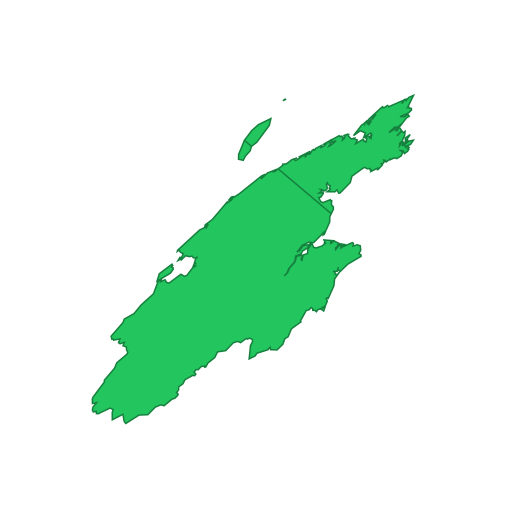 SVG path tracing the border of Chukchi Autonomous Okrug, rotated 312°
{"feature_id": "RUS-2321", "entity_name": "Chukchi Autonomous Okrug", "entity_type": "Autonomous Province", "adm_level": 1, "iso_a3": "RUS", "parent_name": "Russia", "parent_adm1": "", "projection": "natural_earth1", "projection_center": [175.436, 66.707], "detail": "fine", "context": "isolated", "style": "filled", "palette": "green", "viewbox_px": 512, "rotation_deg": 312, "n_neighbors": 0, "source": "natural_earth", "source_scale": "10m", "svg_char_len": 6141}
<svg xmlns="http://www.w3.org/2000/svg" viewBox="0 0 512 512"><g transform="rotate(312 256 256)"><path d="M99.5,202.0L117.5,201.7L121.0,200.3L131.6,203.9L142.9,203.4L159.2,205.1L171.6,200.3L175.4,201.4L173.2,202.4L177.5,204.3L176.5,207.1L177.7,209.5L192.2,212.4L193.1,216.5L195.4,217.6L205.2,216.8L208.9,218.1L206.6,216.1L209.1,215.2L210.3,216.9L209.7,214.8L213.8,212.8L214.8,213.3L216.3,213.0L214.5,212.8L212.8,210.8L213.1,208.5L210.9,206.9L209.1,203.5L203.2,203.1L204.2,201.8L209.0,200.5L208.2,197.4L208.8,194.8L206.8,194.4L207.8,193.9L237.7,196.7L244.5,199.5L244.0,200.1L247.8,199.2L243.6,198.3L245.1,197.4L253.8,199.1L277.7,198.4L275.2,198.9L281.5,200.4L283.7,199.5L278.6,198.4L283.2,198.2L285.2,199.5L284.8,200.3L291.4,202.0L318.9,206.5L322.9,208.1L317.4,207.1L317.3,208.2L325.5,209.0L335.1,213.8L329.5,211.8L331.4,213.5L335.6,214.1L337.8,283.6L334.7,284.5L330.6,288.0L317.8,292.2L316.8,291.9L320.5,290.6L304.7,289.9L301.3,287.8L302.8,287.5L301.9,286.1L295.0,283.3L286.2,283.8L289.5,284.8L295.3,284.0L300.1,288.0L296.5,288.9L290.6,287.2L288.0,288.2L282.5,285.5L277.9,288.5L268.5,288.8L264.4,290.4L260.1,290.4L264.7,290.6L269.4,289.1L277.9,288.9L283.0,286.3L287.8,290.1L283.9,291.5L283.5,292.2L283.5,293.1L288.3,290.4L292.3,292.6L295.7,290.0L302.8,289.0L301.0,293.0L302.3,295.3L307.4,298.3L312.7,299.2L311.1,298.3L314.0,296.5L312.8,294.9L318.4,302.3L316.9,301.7L315.5,302.9L317.1,303.2L315.5,303.4L319.2,303.9L319.2,302.9L321.0,309.8L318.8,308.8L320.6,310.1L315.3,309.7L314.1,310.9L320.3,310.8L320.5,312.5L318.7,313.7L320.2,314.2L322.2,313.3L320.9,311.4L321.2,310.3L324.6,315.3L322.3,313.8L321.8,314.8L330.4,318.6L330.6,320.0L328.2,321.5L332.0,323.6L333.4,326.6L330.3,330.0L326.5,330.9L327.1,333.3L326.0,334.3L311.4,329.7L300.7,328.9L300.8,325.9L302.8,324.6L299.0,326.6L296.1,323.6L296.9,325.5L295.3,327.2L297.0,328.9L300.1,328.8L291.5,329.8L286.0,333.8L272.1,338.3L273.4,337.4L271.4,336.5L270.2,339.2L264.4,341.2L264.9,340.7L262.0,339.9L263.8,341.7L260.4,343.1L260.1,339.9L258.1,337.9L255.0,338.2L255.0,336.2L253.6,334.5L254.8,333.4L254.6,331.4L251.7,331.5L249.0,329.8L237.8,332.4L237.1,333.5L225.7,331.0L217.5,333.9L213.7,332.8L208.5,335.0L200.3,334.5L196.2,329.6L197.6,327.4L194.3,327.6L184.3,321.7L181.4,322.3L174.9,319.8L185.8,311.8L189.9,310.8L191.5,309.2L190.8,306.3L188.4,305.2L188.2,303.9L181.3,302.5L180.3,299.6L176.4,297.2L165.4,296.8L159.0,291.6L152.9,293.3L144.4,291.9L139.8,292.9L139.1,292.2L140.1,291.7L137.4,289.3L132.8,289.1L131.6,287.5L128.3,287.7L128.0,290.3L126.0,290.5L125.0,288.9L116.6,286.0L112.1,287.2L107.0,286.1L104.7,288.1L101.4,288.4L101.3,290.4L100.2,291.1L95.9,290.9L93.5,289.4L83.2,287.9L81.8,284.9L76.3,282.3L65.7,281.8L59.5,275.5L44.4,271.3L44.9,268.7L49.3,263.0L38.1,258.8L43.6,253.8L46.3,252.7L45.3,249.3L33.0,244.2L32.1,242.8L33.7,241.2L31.2,239.4L32.1,237.4L34.8,235.9L40.4,235.7L36.9,233.2L40.1,230.1L42.4,229.3L61.1,227.6L62.2,226.4L77.8,226.0L83.6,224.0L96.7,225.8L98.7,225.1L99.7,222.4L101.7,220.7L100.3,217.2L103.8,216.0L99.8,213.7L99.6,211.8L103.4,210.4L98.2,206.5L98.9,205.7L97.7,204.4L99.5,202.0ZM335.6,214.1L341.3,215.3L342.1,214.4L344.9,217.0L351.4,218.1L356.4,220.9L353.1,219.4L353.5,221.7L362.8,224.0L363.8,225.3L362.2,226.7L367.1,225.2L357.9,221.5L370.1,226.2L366.4,226.7L368.2,227.9L372.2,227.0L374.5,227.8L373.3,227.6L373.9,228.8L375.9,228.4L383.0,231.1L380.7,230.6L379.9,231.7L383.4,233.1L387.9,233.0L383.4,231.2L391.9,233.9L389.3,234.7L390.0,236.1L386.3,236.7L388.2,237.5L395.4,238.5L390.8,236.1L393.3,234.6L401.1,237.3L400.8,238.2L403.1,240.1L401.7,239.5L402.6,241.3L400.0,242.6L402.9,243.0L405.4,241.4L403.8,240.4L407.7,242.5L408.4,243.6L407.0,244.1L406.7,248.3L409.7,250.5L408.8,250.8L410.0,253.7L406.2,254.9L413.8,257.3L414.4,258.3L413.5,259.6L414.6,260.8L413.7,261.8L417.6,259.7L417.0,258.4L419.6,258.4L421.0,260.7L419.8,261.4L420.2,262.9L422.9,261.3L421.5,260.8L424.1,260.2L424.2,259.0L416.1,256.7L420.6,254.9L418.9,249.7L410.7,247.9L423.9,246.9L426.7,247.7L426.5,248.5L427.5,247.6L431.9,248.2L429.1,248.1L431.0,249.0L428.9,249.3L429.0,252.1L431.9,251.7L429.9,250.6L431.9,249.1L432.3,250.2L436.1,250.9L441.8,250.2L432.4,248.6L433.1,248.3L450.6,249.9L451.7,250.2L451.1,251.1L452.0,252.0L455.9,253.0L455.9,254.8L470.0,261.2L466.8,262.6L471.6,261.6L474.1,263.4L470.9,263.5L476.2,263.5L480.8,265.6L467.7,269.3L469.0,269.9L468.4,271.1L469.7,272.7L468.4,273.9L464.4,273.6L455.9,269.8L458.9,273.0L462.9,274.1L462.4,276.4L459.3,275.4L448.5,276.3L452.5,275.8L445.2,275.0L445.9,274.3L444.3,273.6L444.6,272.8L436.7,272.2L443.4,274.3L444.5,276.4L443.0,276.3L443.6,277.0L447.6,276.1L446.7,280.4L439.5,280.3L446.5,280.9L446.3,283.0L448.4,283.4L445.2,285.7L439.2,287.7L435.9,287.4L433.7,289.1L438.7,288.4L439.5,289.6L435.5,291.0L438.3,291.2L436.7,292.8L438.8,291.8L443.8,292.8L447.4,295.5L442.3,296.2L438.0,294.0L436.2,294.6L439.4,295.0L439.1,297.1L437.3,296.8L437.7,298.1L435.2,298.6L431.5,297.8L432.7,294.8L430.4,291.7L431.4,293.7L431.1,295.8L427.6,296.9L422.6,295.5L421.7,293.3L417.3,291.3L417.8,290.8L412.9,289.8L413.6,288.1L412.7,286.7L411.8,288.3L409.4,288.5L408.5,287.3L408.1,289.0L402.2,288.9L401.5,288.5L402.7,287.6L395.6,284.8L396.9,284.1L396.3,283.2L397.3,282.2L395.1,280.1L394.6,277.5L392.7,276.7L379.5,273.9L373.6,276.9L359.0,276.3L358.0,275.4L359.3,272.0L356.5,271.7L351.4,265.9L355.5,266.6L355.5,265.0L358.0,264.3L357.3,262.0L358.1,260.0L356.4,260.4L354.0,263.8L351.3,264.0L349.3,262.5L349.8,261.3L348.6,259.4L348.6,261.6L345.0,260.7L348.0,263.6L347.5,264.2L343.1,264.8L341.4,263.5L339.7,267.8L340.6,270.1L347.5,273.5L346.9,274.5L347.8,275.2L344.6,277.7L344.3,280.6L342.4,282.3L337.8,283.6L335.6,214.1ZM334.2,170.0L346.3,168.9L355.3,169.9L368.1,175.1L361.9,178.5L341.1,180.5L334.5,179.3L334.2,170.0ZM334.5,179.3L330.1,181.3L323.0,181.3L318.6,182.5L316.2,178.3L319.9,175.1L334.2,170.0L334.5,179.3ZM193.7,199.0L193.2,200.5L191.4,200.5L191.8,202.2L190.7,203.4L185.9,203.9L171.1,199.3L178.1,196.0L193.7,199.0ZM443.5,287.9L449.4,289.3L441.2,290.5L443.5,287.9ZM200.5,201.1L204.8,200.3L202.4,201.8L200.5,201.1ZM443.5,291.3L443.0,292.2L440.0,291.6L440.4,291.1L443.5,291.3ZM392.1,172.7L392.0,173.2L389.5,172.1L392.1,172.7Z" fill="#22c55e" stroke="#15803d" stroke-width="1.5"/></g></svg>